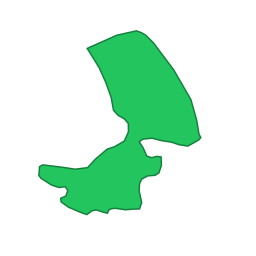 the border of Jegunovce, rotated 18°
{"feature_id": "MKD-2963", "entity_name": "Jegunovce", "entity_type": "Municipality", "adm_level": 1, "iso_a3": "MKD", "parent_name": "North Macedonia", "parent_adm1": "", "projection": "robinson", "projection_center": [21.128, 42.089], "detail": "fine", "context": "isolated", "style": "filled", "palette": "green", "viewbox_px": 256, "rotation_deg": 18, "n_neighbors": 0, "source": "natural_earth", "source_scale": "10m", "svg_char_len": 1026}
<svg xmlns="http://www.w3.org/2000/svg" viewBox="0 0 256 256"><g transform="rotate(18 128 128)"><path d="M106.0,33.0L111.6,33.2L116.5,34.4L126.1,39.3L153.5,58.6L179.0,81.5L190.8,99.2L197.4,111.9L200.2,114.6L199.0,117.5L190.5,126.7L181.8,128.1L173.1,128.1L164.4,129.6L153.9,130.3L145.8,133.9L142.9,137.5L148.7,142.4L154.5,148.9L159.7,148.9L164.4,146.0L168.4,145.3L171.3,153.1L171.3,161.0L168.4,164.6L161.5,167.5L156.8,172.4L156.2,177.4L158.0,184.3L164.0,194.6L164.0,201.4L158.9,203.2L150.6,206.6L140.7,208.3L137.0,210.0L135.1,211.8L134.8,215.4L130.2,215.7L123.2,215.7L119.5,217.7L115.7,223.0L110.3,223.0L95.9,221.7L87.3,219.0L85.7,215.7L90.0,211.8L90.0,205.9L86.3,203.2L80.9,205.9L72.9,205.9L60.5,202.6L57.8,200.6L57.7,199.8L56.3,194.2L55.8,192.1L58.4,189.4L78.3,185.5L90.5,183.5L101.8,178.2L106.6,167.7L114.7,154.6L121.1,149.9L128.6,141.4L129.6,131.5L126.9,123.6L121.6,120.4L114.7,119.0L108.8,115.7L102.4,103.9L92.7,91.4L82.0,79.6L64.6,64.9L88.7,43.2L106.0,33.0Z" fill="#22c55e" stroke="#15803d" stroke-width="1.5"/></g></svg>